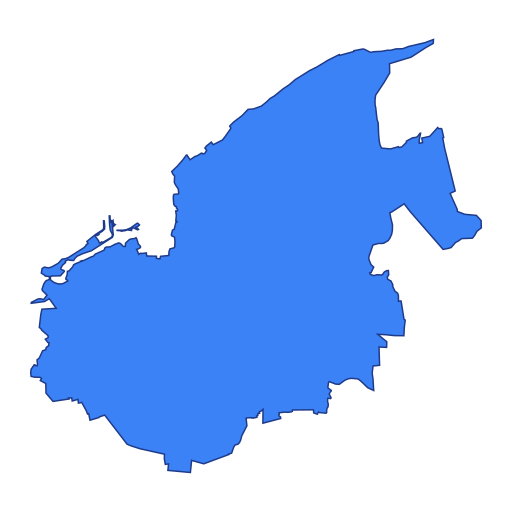 Kota Banda Aceh, Aceh, Indonesia
{"feature_id": "22746128B56363132836699", "entity_name": "Kota Banda Aceh", "entity_type": "district", "adm_level": 2, "iso_a3": "IDN", "parent_name": "Indonesia", "parent_adm1": "Aceh", "projection": "albers", "projection_center": [95.318, 5.562], "detail": "fine", "context": "isolated", "style": "filled", "palette": "blue", "viewbox_px": 512, "rotation_deg": 0, "n_neighbors": 0, "source": "geoboundaries", "source_scale": "gbopen_adm2", "svg_char_len": 5971}
<svg xmlns="http://www.w3.org/2000/svg" viewBox="0 0 512 512"><path d="M433.5,39.5L424.8,42.7L408.5,46.5L402.8,48.7L395.9,48.9L390.5,50.3L387.7,50.2L381.7,51.3L373.8,51.7L370.7,52.4L364.0,49.1L362.7,49.0L353.9,50.7L353.9,51.5L339.6,55.4L339.4,54.6L338.8,54.8L327.8,60.3L317.0,66.9L309.8,70.5L295.5,79.4L288.9,85.0L283.4,88.6L274.3,96.0L270.2,98.4L266.1,102.3L261.3,106.1L253.6,108.9L248.0,109.4L242.2,115.5L233.7,122.0L229.9,125.8L229.7,126.3L230.8,127.7L230.7,128.6L225.1,136.6L222.4,140.0L213.2,144.7L211.3,142.1L206.2,146.2L206.3,146.4L204.9,148.0L206.7,150.4L204.7,153.4L203.2,154.0L201.9,153.1L201.3,153.2L197.5,155.6L194.7,156.6L190.1,159.8L186.9,155.0L186.3,155.1L183.2,159.4L177.3,166.2L171.7,171.5L173.0,174.3L174.6,176.0L174.3,182.4L175.5,184.9L178.3,189.1L178.7,193.4L178.3,194.0L174.1,194.3L173.4,195.4L173.3,198.9L173.8,204.4L174.8,206.0L176.5,206.8L176.4,208.0L177.2,208.7L177.6,210.4L177.4,210.7L175.7,211.0L176.3,215.5L175.8,220.9L177.0,221.4L176.8,222.2L176.0,222.3L175.8,222.7L174.2,229.3L172.5,230.1L171.3,234.8L171.7,235.8L174.5,237.1L175.0,241.7L174.6,247.3L174.1,247.8L169.9,248.9L169.0,251.6L168.8,255.5L160.6,256.3L159.9,258.9L156.5,258.4L156.4,256.2L146.8,256.0L146.3,252.9L141.9,253.5L140.9,253.2L139.5,253.7L138.8,254.3L136.6,249.3L137.8,249.1L139.8,248.1L140.6,247.0L140.0,245.7L138.4,244.2L136.7,238.8L136.0,237.7L134.7,238.5L130.7,239.0L129.4,239.5L125.7,243.0L125.4,243.7L125.4,246.4L123.5,246.5L120.4,243.5L118.8,242.9L115.1,244.2L110.2,246.8L106.2,247.1L105.0,247.8L104.0,250.2L95.3,254.1L93.4,256.2L91.4,256.8L83.9,260.4L81.5,261.2L81.6,260.8L81.0,261.0L81.4,261.3L74.9,264.0L73.5,264.9L72.9,266.6L69.1,270.9L67.4,271.3L67.2,274.5L65.8,278.4L66.0,279.5L67.4,280.0L67.8,281.0L63.3,283.4L61.9,283.9L58.1,283.9L54.1,282.5L51.9,281.0L50.4,279.6L50.5,276.5L51.8,276.0L60.4,275.8L64.3,271.5L64.0,270.5L61.2,269.6L60.8,268.2L62.6,265.1L65.5,262.6L65.2,261.3L68.2,259.6L69.4,260.2L73.6,260.5L75.0,258.3L77.1,256.2L82.8,253.6L91.3,250.8L112.3,237.4L113.3,235.1L111.8,220.7L111.3,220.5L111.5,222.3L110.3,222.4L110.0,215.9L109.5,215.8L109.2,215.9L109.6,224.9L110.3,230.4L112.5,234.6L112.0,236.7L110.5,237.9L102.4,242.6L101.8,241.9L99.5,243.2L98.4,240.5L95.3,236.4L95.4,235.8L97.5,234.2L97.8,234.7L97.0,235.2L97.2,235.5L99.0,234.5L98.8,234.1L98.0,234.6L97.7,234.1L102.2,231.3L104.6,229.0L104.7,225.8L104.2,220.8L103.5,220.8L103.7,227.4L103.1,229.6L95.5,234.5L86.9,241.4L88.0,243.5L86.2,244.7L86.2,245.4L83.9,247.7L68.6,257.4L65.6,258.6L62.1,259.1L58.2,263.3L51.4,267.1L48.4,267.9L44.4,267.1L42.1,268.5L41.3,273.1L45.2,275.6L45.3,276.1L49.3,276.5L49.4,279.5L46.3,280.6L45.6,281.2L43.8,284.0L42.0,289.3L42.5,290.7L47.0,295.1L43.7,299.5L40.1,298.7L37.9,299.0L31.3,302.4L31.2,303.3L44.6,301.5L49.3,298.7L56.2,308.3L41.9,309.2L40.8,314.5L39.3,327.4L41.5,329.3L41.5,330.0L48.1,335.7L48.1,337.7L45.3,339.2L48.0,342.6L49.0,342.7L48.6,345.7L46.2,347.5L45.7,349.7L42.6,350.8L39.3,358.0L37.0,359.9L37.5,364.3L37.2,365.8L35.1,365.4L34.9,364.8L34.2,364.8L31.1,369.2L30.7,373.0L31.1,376.4L34.9,377.2L40.0,377.3L41.5,378.3L40.3,380.6L45.8,383.5L46.0,393.1L53.0,401.4L69.0,399.0L68.5,398.0L71.7,397.9L72.2,401.0L78.0,399.4L78.4,403.1L81.8,402.5L86.6,411.4L87.5,414.0L88.7,413.7L90.0,420.2L99.0,417.5L99.3,416.9L104.7,415.1L127.1,444.2L131.2,445.9L140.2,448.8L164.5,454.2L164.3,458.6L165.3,464.4L168.5,463.9L167.9,470.4L190.4,472.5L191.6,460.4L203.8,463.8L228.8,454.5L228.6,454.0L231.6,453.2L233.7,447.2L234.8,445.2L238.3,444.0L239.5,442.5L240.6,440.2L241.8,435.7L246.9,425.8L246.1,418.2L248.0,417.8L251.9,417.7L251.9,418.0L253.8,417.8L253.8,418.0L256.9,417.3L256.6,415.9L257.8,415.6L257.8,413.7L259.6,413.3L259.2,411.9L261.1,411.1L263.0,409.3L262.9,423.2L280.7,418.5L280.5,417.0L278.9,415.8L278.8,414.9L279.3,414.3L279.0,412.8L284.8,412.1L287.8,412.3L291.2,411.9L292.4,411.3L292.4,410.0L313.4,409.8L313.7,412.9L317.3,414.2L318.5,412.0L319.6,412.6L326.1,413.2L326.7,412.5L326.6,410.6L327.1,408.1L328.0,406.9L328.3,404.2L327.6,401.7L327.7,398.5L328.0,398.1L330.5,398.6L331.1,397.9L329.2,394.1L330.0,392.3L331.0,391.3L331.3,390.4L328.1,388.1L327.9,387.0L328.5,382.6L329.2,381.6L335.7,384.1L339.3,384.3L345.2,380.0L348.6,378.7L351.6,378.3L357.6,378.9L358.5,379.2L361.4,381.6L367.7,387.7L373.7,390.5L373.0,379.1L372.2,373.2L373.0,366.0L379.6,365.3L379.0,347.0L386.6,347.4L386.8,341.8L377.7,334.3L385.6,334.7L394.2,335.6L403.9,335.7L404.3,327.7L405.2,320.1L404.0,319.2L401.1,301.1L400.1,300.9L398.5,301.3L398.4,295.7L397.7,293.3L394.9,291.1L392.6,286.1L392.8,284.7L390.9,280.9L387.7,279.3L387.3,276.9L388.7,274.9L388.4,270.5L386.5,270.7L384.2,272.1L382.5,274.6L381.1,275.0L377.2,274.7L373.8,275.6L370.3,274.4L369.7,272.8L371.1,272.6L373.7,267.1L371.0,264.6L369.0,259.6L368.8,257.0L372.9,245.0L378.7,243.4L381.8,243.5L384.0,243.1L388.2,240.6L390.0,238.0L391.7,234.1L392.4,230.2L392.5,224.9L390.7,217.7L389.9,212.7L391.7,212.0L404.2,203.8L409.9,211.3L443.1,249.4L448.3,248.4L451.2,247.5L455.6,242.4L458.2,241.1L461.7,238.6L472.4,238.2L474.3,235.9L477.1,231.1L481.3,227.9L481.1,220.5L476.4,215.4L464.8,214.3L457.4,211.5L457.2,209.3L450.1,193.4L455.2,191.0L444.7,148.5L442.7,137.8L443.7,137.5L441.8,129.0L441.0,128.5L439.4,128.7L438.4,128.3L437.7,127.5L429.8,136.3L421.8,138.1L422.6,142.6L419.5,143.3L419.1,143.0L419.3,139.5L420.6,133.2L420.1,133.2L417.4,136.7L415.7,137.4L412.6,137.8L406.4,141.1L406.4,142.4L401.7,147.0L399.0,147.5L398.4,146.7L390.5,148.9L381.5,148.1L380.0,144.8L379.2,140.7L378.6,134.0L378.2,123.1L377.0,119.2L375.7,107.5L375.1,104.9L375.0,100.3L375.6,95.2L384.2,82.3L389.7,73.0L389.5,63.7L411.2,57.1L426.0,47.5L433.2,43.4L433.5,39.5ZM136.0,227.8L135.7,227.2L137.9,226.5L139.5,224.9L137.7,223.2L136.9,223.4L130.5,228.0L126.3,229.7L122.9,230.2L116.5,230.2L117.1,230.5L120.3,230.7L121.3,231.2L125.3,230.6L127.4,229.9L131.5,230.5L131.8,229.3L130.9,228.6L133.6,227.9L137.4,229.8L138.5,229.5L138.1,228.8L136.0,227.8ZM113.1,226.8L115.3,224.6L113.5,223.6L113.0,220.4L112.7,220.7L112.8,222.7L113.1,226.8Z" fill="#3b82f6" stroke="#1e3a8a" stroke-width="1.5"/></svg>